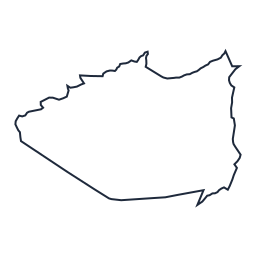 the district of Paulista, Paraíba, Brazil
{"feature_id": "56859067B46882677849829", "entity_name": "Paulista", "entity_type": "district", "adm_level": 2, "iso_a3": "BRA", "parent_name": "Brazil", "parent_adm1": "Paraíba", "projection": "orthographic", "projection_center": [-37.594, -6.622], "detail": "fine", "context": "isolated", "style": "outline", "palette": "slate", "viewbox_px": 256, "rotation_deg": 0, "n_neighbors": 0, "source": "geoboundaries", "source_scale": "gbopen_adm2", "svg_char_len": 1656}
<svg xmlns="http://www.w3.org/2000/svg" viewBox="0 0 256 256"><path d="M239.3,66.2L232.2,66.3L225.5,51.1L224.3,53.5L222.4,55.2L220.8,57.7L217.5,59.4L212.9,60.7L210.0,61.9L208.1,64.4L205.4,65.6L203.3,67.0L200.7,68.3L198.7,70.0L196.9,71.3L194.7,71.9L192.3,72.8L189.8,74.2L186.8,74.4L184.0,75.4L182.1,76.5L179.3,77.6L176.0,77.6L174.0,77.9L171.7,78.1L167.3,78.5L163.4,77.5L161.3,76.4L145.7,66.8L146.4,63.9L146.3,60.5L146.0,58.0L146.5,55.8L147.9,54.0L147.6,51.7L144.9,52.6L143.1,55.4L141.1,56.1L139.5,57.5L138.2,59.9L136.8,61.9L134.4,61.5L131.3,60.4L128.3,62.5L125.8,63.3L123.2,63.5L120.2,64.0L119.2,66.5L117.2,67.7L116.3,69.6L114.9,71.0L112.6,70.6L110.0,70.5L106.5,71.4L103.3,73.6L102.6,76.2L90.8,76.0L80.0,75.4L80.4,77.9L84.0,83.4L81.3,84.4L76.9,86.6L73.3,87.3L70.3,87.7L67.4,85.8L67.9,88.6L68.6,90.5L66.8,96.6L63.1,98.3L59.0,99.7L52.9,97.7L49.1,97.6L40.7,101.9L40.8,105.0L43.1,107.7L41.0,109.3L29.0,111.7L27.1,112.7L25.3,115.4L22.2,116.4L19.1,115.6L17.4,118.2L15.7,121.2L15.4,124.3L16.8,127.3L18.3,130.3L19.9,132.2L20.4,137.3L21.0,141.1L67.5,172.0L94.3,189.2L109.0,198.4L111.4,199.1L121.2,200.2L154.2,198.0L165.3,197.3L177.7,194.9L203.5,190.2L197.4,204.9L199.9,203.2L202.3,201.6L204.5,199.0L207.2,195.7L209.6,195.2L212.4,193.4L215.0,193.3L217.5,192.1L219.0,190.2L221.3,188.6L224.0,187.4L227.8,189.7L229.7,186.0L232.4,179.4L233.8,175.1L236.9,167.9L234.4,164.3L237.4,161.3L239.7,157.9L240.6,154.7L235.6,147.3L233.6,144.1L233.1,142.1L232.8,139.0L234.9,125.4L233.8,118.5L231.5,117.4L231.3,112.7L231.1,108.2L232.1,102.4L232.0,97.6L234.3,87.4L231.3,85.4L229.8,82.9L229.0,80.2L229.2,77.2L235.4,69.2L239.3,66.2Z" fill="none" stroke="#1e293b" stroke-width="2"/></svg>